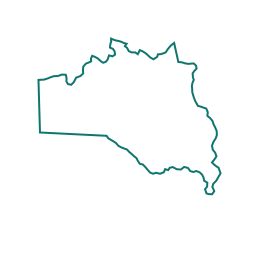 outline of Gracho Cardoso, Sergipe, Brazil, rotated 341°
{"feature_id": "56859067B73235576030104", "entity_name": "Gracho Cardoso", "entity_type": "district", "adm_level": 2, "iso_a3": "BRA", "parent_name": "Brazil", "parent_adm1": "Sergipe", "projection": "mercator", "projection_center": [-37.201, -10.239], "detail": "fine", "context": "isolated", "style": "outline", "palette": "teal", "viewbox_px": 256, "rotation_deg": 341, "n_neighbors": 0, "source": "geoboundaries", "source_scale": "gbopen_adm2", "svg_char_len": 1947}
<svg xmlns="http://www.w3.org/2000/svg" viewBox="0 0 256 256"><g transform="rotate(341 128 128)"><path d="M199.3,62.6L195.3,64.0L191.6,66.2L188.2,68.8L185.6,68.9L182.8,68.8L180.3,68.1L178.6,70.3L174.4,71.3L171.9,68.4L170.1,64.9L168.7,62.6L166.5,60.0L164.5,58.2L161.3,61.4L159.5,58.9L156.0,57.7L153.8,55.6L153.2,51.9L151.7,49.6L154.1,47.9L151.9,46.4L149.7,44.3L147.5,42.7L144.4,40.9L141.1,38.0L140.3,40.7L138.6,43.0L137.1,46.1L139.5,48.3L140.3,51.2L139.6,54.4L136.7,55.2L133.7,53.2L131.1,56.6L128.5,58.2L125.7,58.2L124.1,56.1L122.1,52.4L119.6,49.7L117.6,48.1L115.4,50.5L114.9,53.0L112.2,53.3L109.2,53.4L105.7,55.4L104.3,58.4L103.4,61.8L99.8,63.4L95.4,63.5L91.7,67.0L88.4,68.6L85.6,67.0L84.9,63.9L86.1,61.1L86.5,57.4L83.0,56.0L78.4,56.0L75.0,54.9L72.1,54.8L68.4,55.0L64.4,54.9L59.0,53.4L45.0,98.2L43.3,103.6L105.2,128.4L106.0,131.3L108.0,133.7L110.0,136.0L111.8,138.4L113.1,141.7L114.9,143.7L116.9,145.5L120.0,148.0L121.6,151.5L123.0,153.7L124.2,156.1L126.2,159.3L126.6,162.1L127.5,165.7L130.2,167.4L131.6,170.4L132.9,173.8L134.3,177.2L136.8,179.4L140.0,179.5L143.4,181.7L147.5,181.5L149.7,179.0L152.3,180.9L154.5,179.2L157.6,179.5L160.6,182.8L164.5,184.5L168.4,183.1L171.7,185.3L172.8,189.0L175.6,190.9L178.5,190.9L181.2,193.1L182.8,196.1L183.3,199.0L182.9,202.7L185.2,205.5L183.7,209.2L180.9,211.0L180.9,215.4L183.0,216.9L186.0,218.0L189.0,215.8L188.6,211.1L190.6,208.4L194.3,206.6L197.8,203.5L200.7,201.1L200.7,198.0L200.7,195.0L199.1,193.1L197.4,190.4L196.2,187.9L199.3,186.0L202.4,183.6L202.4,179.8L201.1,176.2L201.6,172.1L204.4,168.8L207.4,166.5L209.7,163.7L210.9,159.6L210.6,156.0L210.1,152.0L210.2,148.8L208.8,145.3L207.0,142.3L208.6,139.0L208.3,135.1L203.6,131.4L201.3,129.8L200.3,124.2L200.2,120.3L200.4,115.2L201.4,112.0L202.1,109.0L203.6,106.4L205.9,103.8L205.9,101.2L206.9,97.4L209.4,95.6L212.1,94.2L212.7,91.3L211.1,88.3L205.9,87.0L202.9,85.4L200.6,83.6L197.1,82.0L199.3,62.6Z" fill="none" stroke="#0f766e" stroke-width="2"/></g></svg>